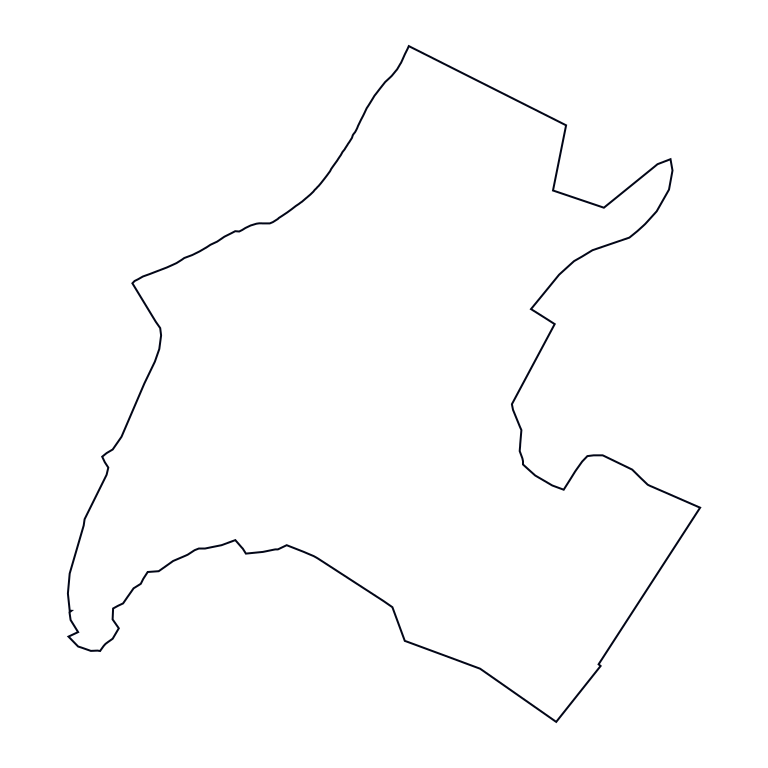 the district of Vide Bouteille, Castries, Saint Lucia
{"feature_id": "8701671B48766638933033", "entity_name": "Vide Bouteille", "entity_type": "district", "adm_level": 2, "iso_a3": "LCA", "parent_name": "Saint Lucia", "parent_adm1": "Castries", "projection": "mercator", "projection_center": [-60.981, 14.025], "detail": "fine", "context": "isolated", "style": "outline", "palette": "ink", "viewbox_px": 768, "rotation_deg": 0, "n_neighbors": 0, "source": "geoboundaries", "source_scale": "gbopen_adm2", "svg_char_len": 2997}
<svg xmlns="http://www.w3.org/2000/svg" viewBox="0 0 768 768"><path d="M554.7,324.1L543.1,316.7L531.0,309.1L544.1,293.1L559.1,274.7L571.0,263.9L574.1,261.1L582.0,256.6L592.5,250.2L629.4,237.6L632.5,235.1L637.3,231.2L643.5,225.6L645.2,224.0L647.4,221.6L656.7,211.3L669.0,189.6L671.5,176.0L672.5,170.5L672.3,169.4L670.5,159.2L657.5,164.2L654.6,166.6L603.9,207.7L553.0,190.5L566.1,125.3L408.8,46.1L407.6,48.8L404.9,54.2L402.5,59.6L401.0,62.9L400.3,63.9L398.5,67.0L397.1,69.4L395.9,70.8L393.7,73.5L391.9,75.7L390.7,76.9L387.8,79.6L385.2,82.0L381.8,86.3L379.3,89.5L377.1,92.4L374.5,95.7L372.7,98.7L371.1,101.3L368.5,105.5L366.7,108.2L364.6,112.7L363.1,115.8L361.0,119.8L359.6,122.7L358.0,126.0L357.2,128.1L356.1,130.3L355.0,132.3L353.8,133.7L352.8,135.2L352.0,137.8L350.3,140.5L349.3,142.1L348.0,143.9L347.5,144.8L346.2,146.8L345.1,148.5L344.7,149.3L342.5,152.0L340.7,155.3L339.9,156.4L338.9,157.9L337.9,159.4L337.3,160.4L335.5,162.9L332.9,166.5L331.1,169.1L330.4,170.6L329.8,171.6L329.1,172.5L327.0,175.4L324.7,178.4L322.9,180.7L320.7,183.5L319.5,184.9L318.6,186.0L317.6,186.9L316.3,188.4L314.7,189.9L313.4,191.6L310.3,194.6L305.7,198.5L302.8,201.0L302.0,201.7L300.5,202.7L298.8,204.0L295.8,206.0L291.8,209.1L287.3,212.4L281.9,216.0L278.8,218.0L277.8,219.0L272.9,222.1L269.8,223.4L263.4,223.4L259.4,223.3L256.5,223.7L250.6,225.5L245.4,228.0L242.2,230.0L239.2,231.5L235.2,231.2L231.0,233.4L224.4,236.7L217.2,241.6L210.4,244.8L207.1,247.0L199.6,251.4L192.1,255.1L184.3,258.0L181.6,259.9L176.5,263.1L172.6,264.9L166.8,267.5L155.3,271.9L149.6,274.1L142.9,276.5L138.2,279.2L134.6,281.0L132.4,283.3L155.8,321.8L160.2,328.1L161.1,335.4L159.3,349.0L154.9,361.6L144.4,383.4L121.5,436.8L112.7,449.5L106.6,453.1L102.2,456.7L104.8,462.2L108.3,467.6L106.6,474.8L84.6,519.2L83.7,525.5L69.7,573.5L67.9,593.5L69.7,610.7L71.4,610.8L69.5,612.3L70.6,620.0L78.1,632.1L68.5,636.6L78.1,646.5L79.0,646.8L81.5,647.6L90.9,650.9L97.4,650.6L100.1,651.0L100.7,650.1L103.7,645.9L105.5,643.9L107.9,642.1L111.6,639.5L112.7,638.7L118.8,628.3L112.6,619.4L112.7,617.6L113.1,608.5L118.0,605.8L123.1,603.4L127.7,596.7L128.5,595.6L133.6,588.3L140.8,583.8L143.3,578.8L147.7,572.0L158.7,571.2L167.5,565.0L173.1,561.0L185.5,555.7L187.7,554.7L194.6,550.2L198.9,548.5L205.2,548.5L211.5,547.2L221.5,545.2L235.3,540.1L241.2,546.9L241.9,547.7L242.7,548.5L245.9,553.6L263.0,551.9L274.2,549.6L275.3,549.4L277.9,549.4L286.7,545.2L303.8,551.9L309.4,554.3L313.7,556.1L316.4,557.6L317.9,558.5L383.6,601.1L391.4,606.5L392.4,607.2L404.8,640.9L406.0,641.3L438.8,653.4L480.1,668.7L556.2,721.9L600.6,666.0L598.6,664.3L700.1,507.7L651.8,486.6L650.5,486.1L647.7,484.7L640.7,478.0L632.2,469.6L603.5,455.7L602.5,455.3L593.9,455.3L587.4,456.1L582.2,461.5L576.3,469.8L575.0,471.7L571.1,478.0L563.7,489.7L553.4,485.9L552.3,485.5L538.8,477.6L535.2,475.5L528.4,469.4L523.0,464.5L523.0,461.2L522.4,458.4L519.7,451.1L519.9,448.5L520.1,446.3L520.2,444.3L521.4,430.1L519.9,426.7L513.0,409.8L511.9,404.2L554.7,324.1Z" fill="none" stroke="#020617" stroke-width="2"/></svg>